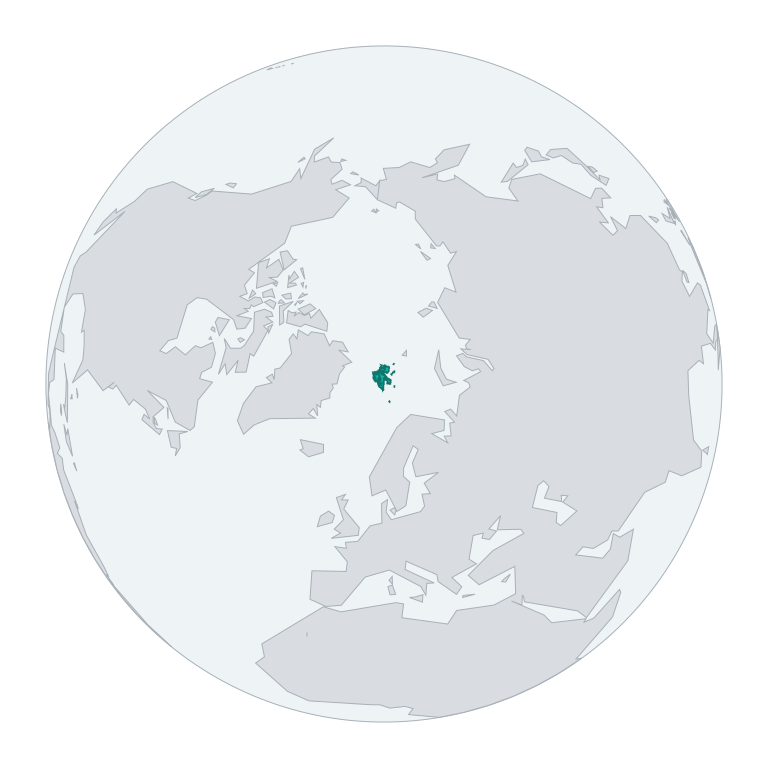 Svalbard on an orthographic globe, rotated 346°
{"feature_id": "NOR-901", "entity_name": "Svalbard", "entity_type": "Territory", "adm_level": 1, "iso_a3": "NOR", "parent_name": "Norway", "parent_adm1": "", "projection": "orthographic", "projection_center": [18.37, 77.559], "detail": "fine", "context": "on_globe", "style": "filled", "palette": "teal", "viewbox_px": 768, "rotation_deg": 346, "n_neighbors": 0, "source": "natural_earth", "source_scale": "10m", "svg_char_len": 16901}
<svg xmlns="http://www.w3.org/2000/svg" viewBox="0 0 768 768"><g transform="rotate(346 384 384)"><circle cx="384" cy="384" r="338" fill="#eef3f6" stroke="#a8b0b8"/><path d="M48.9,340.4L48.4,347.6L51.8,336.2L53.4,327.7L53.1,322.2L61.1,292.6L67.7,279.5L111.5,195.7L120.2,186.3L126.9,183.9L174.5,153.8L138.6,169.4L150.8,158.7L166.7,149.3L165.3,153.3L186.0,146.5L201.5,137.7L228.1,136.6L248.6,153.9L239.1,156.2L245.1,160.3L257.4,157.8L264.0,155.2L301.5,167.7L342.8,165.0L354.2,154.8L353.0,164.5L373.5,139.4L394.8,133.0L371.7,146.0L370.0,151.8L385.0,150.2L386.6,155.9L394.8,158.5L395.3,165.5L381.8,172.8L381.9,177.6L392.5,176.2L399.7,182.6L384.1,183.8L395.2,195.1L374.5,209.9L332.3,208.5L321.7,223.4L280.5,240.0L285.2,244.7L272.5,254.3L273.1,263.3L265.3,264.0L272.6,270.7L279.6,268.3L285.1,270.5L286.1,275.7L276.3,277.5L274.4,275.1L272.0,278.3L266.7,277.0L269.9,280.6L257.9,282.2L271.2,288.4L262.8,296.2L254.5,295.2L253.6,285.1L232.3,258.7L223.6,255.0L212.2,259.6L194.2,289.4L185.3,289.7L174.5,297.5L180.1,301.8L190.6,297.4L198.3,307.7L210.2,301.2L215.1,304.6L228.0,302.2L227.8,313.6L220.6,326.0L209.9,328.6L206.4,334.2L218.0,340.8L199.5,354.6L189.6,379.6L184.6,382.2L172.3,370.5L168.7,347.3L152.8,333.0L164.8,353.5L152.1,359.9L150.7,365.7L152.4,372.1L157.9,374.1L153.9,378.8L140.5,360.0L143.9,355.4L148.2,361.4L146.4,350.6L137.3,338.4L131.6,342.8L123.9,320.4L119.7,323.3L115.7,320.2L122.8,317.0L109.8,322.5L99.8,298.6L81.8,307.6L97.6,287.8L102.2,274.6L106.1,259.4L103.0,260.5L112.3,239.5L113.7,223.3L103.9,221.4L92.4,232.1L83.1,254.8L85.1,259.4L81.0,275.6L73.7,269.7L64.9,299.8L59.9,301.7L55.9,312.8L54.0,326.9L51.3,343.5L52.9,351.5L54.0,367.6L50.3,372.1L53.8,378.2L52.4,390.1L56.8,425.4L55.5,423.6L58.6,458.5L67.9,492.9L70.1,503.5L68.4,501.6L73.0,513.3L73.1,514.7L96.7,560.6L113.2,585.8L114.5,587.9L100.8,568.3L88.5,547.9L77.7,526.6L68.3,504.6L60.6,482.1L54.5,459.0L50.0,435.5L47.2,411.8L46.1,388.0L46.7,364.1L48.9,340.4ZM350.9,49.9L352.1,50.8L346.2,50.9L350.9,49.9ZM356.4,51.0L355.2,50.8L356.9,50.9L356.4,51.0ZM359.9,50.9L357.4,51.0L360.3,50.8L359.9,50.9ZM364.8,50.7L362.2,50.9L362.5,50.8L364.8,50.7ZM77.0,308.0L67.4,345.0L68.0,326.2L68.7,329.2L72.2,319.3L77.0,302.2L78.9,286.2L77.0,308.0ZM372.1,50.9L374.0,51.0L371.6,51.2L372.1,50.9ZM83.6,319.6L84.8,313.5L84.3,319.2L83.6,319.6ZM266.8,153.1L257.5,157.2L245.8,157.5L253.3,153.4L266.8,153.1ZM289.2,154.0L285.3,157.3L279.0,152.1L283.2,151.8L289.2,154.0ZM362.0,146.4L354.1,148.1L361.2,144.6L362.0,146.4ZM395.8,157.6L397.5,155.4L401.0,157.7L395.8,157.6ZM227.3,296.2L227.6,299.1L225.0,298.0L227.3,296.2ZM232.5,292.5L229.3,289.1L231.3,286.8L233.3,288.9L232.5,292.5ZM405.1,170.6L410.2,175.2L402.7,171.8L405.1,170.6ZM236.0,297.2L235.3,283.2L239.0,279.3L249.4,284.2L236.0,297.2ZM411.6,178.6L424.1,189.7L429.0,185.6L422.2,203.6L413.8,188.1L403.8,184.6L410.6,183.1L411.6,178.6ZM281.4,265.4L273.9,268.1L279.2,261.0L281.4,265.4ZM283.4,260.3L291.7,235.9L303.1,234.7L298.0,243.0L312.2,237.6L313.7,249.0L306.3,254.5L298.6,253.0L305.0,258.5L283.4,260.3ZM416.5,211.9L417.5,215.8L413.8,213.2L416.5,211.9ZM287.7,270.9L288.3,266.0L298.4,264.5L298.9,274.0L295.5,271.4L287.7,270.9ZM315.1,230.8L322.6,231.4L325.9,240.8L329.3,242.3L314.7,249.1L315.1,230.8ZM293.7,274.4L298.9,278.9L295.1,284.4L287.8,275.6L293.7,274.4ZM300.7,260.1L305.5,259.9L303.0,263.1L300.7,260.1ZM284.5,306.6L285.1,300.6L290.3,299.3L284.5,306.6ZM301.1,280.2L302.4,278.3L304.5,277.2L307.0,281.2L301.1,280.2ZM318.1,255.3L317.9,259.1L324.2,253.0L327.0,259.8L316.7,263.2L322.3,264.6L323.1,266.8L313.8,267.2L318.1,255.3ZM316.0,281.9L303.9,288.7L301.8,300.0L297.0,301.5L301.4,283.1L316.0,281.9ZM315.5,273.2L314.8,278.9L309.3,277.7L306.4,273.1L315.5,273.2ZM332.5,263.3L330.9,251.9L333.2,251.6L332.5,263.3ZM316.5,285.4L319.4,283.7L316.9,286.3L316.5,285.4ZM328.8,270.3L327.9,266.3L330.6,266.0L328.8,270.3ZM325.9,283.7L322.0,285.8L319.9,282.7L325.9,283.7ZM328.1,277.7L331.9,278.3L321.5,280.3L327.3,276.0L328.1,277.7ZM331.4,270.7L332.7,269.3L331.4,272.5L331.4,270.7ZM336.0,294.3L323.4,297.5L318.8,290.6L331.7,288.4L336.0,294.3ZM355.9,720.7L356.7,720.8L354.1,719.8L327.8,710.7L333.7,705.9L326.3,701.9L311.2,699.9L302.5,694.3L293.2,691.9L234.5,673.3L215.9,658.8L191.9,623.7L202.0,619.8L202.6,606.6L271.2,585.5L287.1,594.7L342.6,599.0L349.8,602.1L344.8,615.1L387.7,632.3L399.7,621.3L437.1,625.1L461.0,619.3L466.8,592.6L427.7,601.8L419.4,590.1L449.6,571.9L483.6,562.8L481.5,558.0L458.7,552.9L465.3,539.9L450.7,550.0L457.6,553.9L448.6,560.4L441.8,557.3L444.4,552.7L433.8,552.6L424.2,574.5L430.2,580.9L403.1,588.1L410.4,599.5L403.5,605.7L388.7,588.8L389.2,581.8L362.5,561.2L359.6,569.1L384.5,589.2L377.3,587.8L373.5,599.1L370.7,589.4L344.2,565.8L319.0,566.8L289.0,588.4L273.8,585.8L260.1,575.0L268.9,547.8L301.9,556.7L305.4,547.6L297.0,529.9L307.7,534.3L308.3,528.3L320.5,530.4L336.1,518.3L348.3,518.5L352.7,499.4L359.5,497.0L355.0,508.9L358.3,517.4L388.4,516.7L393.8,512.4L394.2,500.1L402.4,501.6L399.0,489.9L415.5,482.9L392.5,481.7L392.4,467.6L401.4,455.8L397.3,451.0L382.6,470.4L380.5,478.3L385.2,485.5L375.8,507.4L365.8,510.8L360.1,487.3L345.3,489.6L347.3,470.6L385.7,429.5L402.5,420.0L434.0,433.5L431.0,443.6L418.3,443.7L431.6,456.5L429.8,449.2L436.6,450.6L438.3,437.8L443.2,438.2L436.3,425.4L442.6,424.5L446.8,432.6L454.5,413.2L467.0,407.7L466.4,403.2L462.2,399.9L480.8,395.4L479.5,392.2L472.9,392.5L466.1,386.5L461.2,374.2L467.9,373.3L470.6,377.6L486.2,385.4L492.3,397.3L494.5,395.7L490.9,385.2L471.8,375.6L467.0,368.5L476.6,371.6L472.7,369.9L472.4,366.1L478.4,361.6L468.1,357.6L455.8,317.8L466.2,305.3L476.1,312.3L474.6,284.4L486.4,273.0L480.3,273.2L475.5,260.2L471.7,263.6L468.4,262.7L454.3,231.6L456.1,223.8L443.1,211.1L440.0,211.2L437.9,216.3L422.2,203.6L429.0,185.6L435.8,186.1L435.5,174.6L451.0,177.6L463.7,174.9L480.9,185.1L489.4,182.2L488.3,178.1L499.0,171.3L525.1,172.1L509.0,189.7L470.9,193.1L486.9,193.2L484.7,198.7L491.4,202.2L502.6,201.9L502.9,198.4L528.4,227.1L558.2,238.8L552.5,224.0L557.5,216.4L586.5,217.9L629.4,254.2L636.5,245.3L642.6,246.6L649.0,258.2L640.3,256.6L639.1,266.0L633.2,263.5L640.6,281.9L632.4,279.1L642.1,295.0L647.7,291.8L644.3,276.4L656.2,291.7L663.5,280.0L673.7,282.6L692.9,316.0L698.3,344.5L700.6,347.5L697.9,356.2L701.7,372.9L712.6,361.7L714.9,364.6L717.6,391.4L716.3,390.1L709.3,413.3L713.3,424.1L718.9,407.9L721.0,406.2L719.0,420.5L716.3,423.0L713.7,431.1L710.6,423.5L701.1,424.1L698.9,441.6L695.4,437.3L682.1,444.6L676.8,469.3L670.8,513.3L676.1,525.9L671.4,541.4L650.6,545.1L639.5,537.0L633.1,547.4L610.8,552.1L575.7,583.3L569.6,581.8L563.3,589.4L547.4,594.2L537.7,590.1L528.6,596.2L554.0,605.9L563.7,599.0L570.3,584.6L575.7,589.7L590.9,585.2L577.8,614.5L523.9,659.6L517.0,651.0L467.5,629.3L468.1,624.0L467.8,623.4L467.1,622.6L464.3,631.8L455.2,625.4L483.4,646.9L488.9,656.2L523.2,660.6L520.4,663.5L531.0,661.9L562.8,640.3L563.3,643.5L549.3,665.4L503.8,697.3L508.9,697.9L508.3,698.2L483.9,706.8L458.8,713.5L433.4,718.3L407.6,721.1L381.8,721.9L355.9,720.7ZM249.4,606.3L248.0,610.5L249.4,606.3ZM521.2,564.1L540.5,553.8L528.9,541.9L535.3,537.0L529.0,534.8L528.0,541.1L512.1,533.6L519.3,523.3L515.5,516.5L508.8,519.7L498.1,539.7L520.7,550.5L517.6,559.9L521.2,564.1ZM57.0,426.4L57.1,431.5L56.0,425.9L57.0,426.4ZM65.6,325.0L64.7,332.3L63.4,336.6L63.6,331.3L65.6,325.0ZM64.6,385.6L64.8,394.2L63.5,385.9L64.6,385.6ZM66.4,350.8L64.3,378.8L61.9,363.3L63.6,345.6L63.9,356.9L66.4,350.8ZM78.8,318.3L77.8,323.0L76.4,322.4L78.8,318.3ZM83.1,323.8L83.2,322.1L84.8,319.4L83.1,323.8ZM152.9,360.9L153.8,362.6L154.4,369.2L151.9,366.6L152.9,360.9ZM170.9,396.4L164.1,403.2L167.2,396.4L162.2,393.9L162.6,376.8L182.1,382.6L173.2,382.9L170.9,396.4ZM168.4,355.8L166.0,365.8L167.9,354.7L168.4,355.8ZM299.5,493.9L304.2,499.5L300.3,505.9L284.8,506.3L290.3,496.8L299.5,493.9ZM311.8,505.9L310.3,482.7L319.9,481.8L314.8,486.2L321.2,487.9L314.7,495.5L325.2,517.4L322.5,524.6L295.4,521.0L305.8,518.1L300.6,512.8L311.8,505.9ZM289.9,427.3L289.4,417.8L310.7,428.0L308.7,435.7L293.2,436.4L286.4,427.7L289.9,427.3ZM254.6,308.9L253.1,304.9L255.8,304.4L259.3,307.3L254.6,308.9ZM284.4,303.9L264.3,325.5L261.5,322.1L253.1,339.1L242.5,336.7L248.2,325.7L233.8,336.8L234.7,326.0L225.7,334.5L239.7,310.3L240.0,301.2L243.7,312.2L253.5,314.6L257.8,312.9L270.3,301.2L275.7,283.0L286.3,282.6L292.3,287.2L292.6,291.5L285.7,290.4L291.1,297.0L281.2,298.6L284.4,303.9ZM357.0,344.2L348.7,340.5L358.0,355.1L348.2,356.4L349.9,358.0L343.3,363.3L338.4,372.5L333.7,371.6L333.8,375.6L329.5,379.3L328.0,384.5L319.1,384.8L316.6,391.3L313.8,387.7L311.9,398.9L309.4,390.7L303.5,394.8L309.1,400.5L264.7,390.0L248.1,392.3L235.6,398.8L232.9,384.1L242.9,368.9L259.2,355.7L275.6,355.8L271.4,349.3L278.0,347.4L278.5,353.3L281.7,343.2L287.2,343.3L301.7,332.1L302.7,317.7L308.0,313.4L310.4,319.1L314.0,310.8L322.1,318.7L326.1,315.8L338.1,320.9L340.4,333.8L344.7,329.6L353.9,333.4L357.0,344.2ZM339.2,296.0L344.2,310.9L341.3,319.0L321.7,306.8L316.9,308.3L304.2,301.1L308.8,289.5L312.0,292.7L316.1,293.0L313.1,296.5L318.6,294.0L323.2,298.2L328.8,297.5L328.9,302.5L339.2,296.0ZM357.1,597.3L362.5,598.2L370.8,597.8L368.5,605.0L357.1,597.3ZM338.8,581.6L343.5,581.1L344.4,590.9L338.8,590.0L338.8,581.6ZM345.4,572.7L343.7,580.3L341.3,575.7L345.4,572.7ZM359.3,507.8L364.3,506.6L365.1,509.4L362.7,513.6L359.3,507.8ZM382.3,388.4L378.1,384.8L379.4,382.8L375.6,371.1L382.6,369.3L387.6,375.7L382.3,388.4ZM460.6,599.0L454.2,605.6L450.4,604.2L453.3,602.2L460.6,599.0ZM409.5,608.3L421.5,610.0L408.7,610.2L409.5,608.3ZM389.3,384.5L386.9,379.8L391.9,381.8L389.3,384.5ZM387.5,367.4L393.2,368.6L383.0,367.7L387.5,367.4ZM718.7,430.8L711.7,451.4L714.5,439.4L720.9,409.9L720.6,413.3L720.8,411.7L718.7,430.8ZM721.9,379.9L721.9,380.1L721.6,374.0L721.3,365.5L715.5,325.3L714.4,315.5L717.3,328.7L716.8,325.5L720.5,352.6L721.9,379.9ZM677.4,525.3L683.9,523.3L680.7,530.6L677.4,525.3ZM709.7,307.0L714.4,323.4L709.0,307.1L709.7,307.0ZM704.5,295.9L706.0,296.6L705.5,300.6L704.5,295.9ZM703.9,349.9L704.4,359.3L702.8,358.5L701.1,345.9L703.9,349.9ZM681.5,285.1L687.8,288.4L690.1,291.2L687.3,293.4L681.5,285.1ZM445.4,364.0L442.9,382.2L445.7,394.4L454.5,399.8L441.0,400.1L436.7,381.3L445.4,364.0ZM453.9,323.5L446.1,319.1L450.0,316.0L452.4,316.6L453.9,323.5ZM448.8,324.4L438.2,328.6L434.2,322.8L443.3,320.7L448.8,324.4ZM413.9,356.8L412.6,362.3L408.6,360.5L413.9,356.8ZM705.6,280.8L707.0,288.1L709.9,298.2L702.4,276.3L702.5,272.8L705.6,280.8ZM704.2,283.6L707.2,293.0L703.1,282.2L704.2,283.6ZM707.0,294.3L705.5,293.5L704.1,287.1L707.0,294.3ZM703.1,279.3L699.7,274.8L700.5,273.1L703.1,279.3ZM701.7,292.6L701.5,281.0L704.6,298.5L697.0,294.0L695.1,285.9L701.7,292.6ZM642.4,228.9L638.6,229.6L634.8,222.3L638.5,223.8L642.4,228.9ZM618.6,199.6L632.5,220.6L643.0,238.1L643.2,233.4L651.9,239.1L647.6,245.0L635.0,231.4L628.4,218.5L620.5,215.2L611.4,205.2L602.9,205.6L596.7,201.0L602.4,196.8L618.6,199.6ZM599.4,206.4L581.1,204.2L577.0,191.3L580.1,188.9L590.2,195.3L591.8,201.7L599.4,206.4ZM575.5,199.9L576.8,206.1L552.8,217.3L546.7,216.5L562.8,200.9L564.9,206.0L571.5,205.6L575.5,199.9ZM420.8,214.5L417.8,215.7L419.0,212.4L420.8,214.5ZM466.5,264.9L462.2,263.2L463.7,259.3L466.5,264.9ZM451.1,256.4L452.4,261.9L448.3,256.4L451.1,256.4ZM455.7,274.4L451.5,264.3L459.5,273.4L455.7,274.4Z" fill="#d9dde1" stroke="#a8b0b8" stroke-width="1"/><path d="M386.6,377.6L385.6,377.7L385.4,378.0L385.5,378.3L384.7,378.7L384.8,379.2L384.7,379.7L384.9,380.0L384.7,380.3L384.9,380.8L384.5,381.2L384.0,381.3L384.2,381.5L384.0,382.0L384.1,382.7L383.9,383.9L383.9,384.2L383.0,384.7L382.6,387.0L382.3,387.0L382.6,387.4L382.0,388.5L382.4,389.1L381.9,389.8L381.4,389.5L381.2,389.8L381.2,389.0L380.2,387.9L380.5,387.5L381.2,387.6L381.6,387.3L381.2,387.3L380.9,386.7L380.7,386.8L380.7,387.1L380.0,387.1L379.6,386.4L378.9,386.1L378.4,384.7L378.4,384.4L378.5,384.4L378.3,383.9L379.0,383.7L379.2,384.0L379.3,384.2L379.8,383.8L380.8,384.1L381.2,384.6L381.4,384.5L380.8,383.8L379.4,383.2L381.5,382.5L382.4,382.7L382.0,382.1L382.3,381.7L381.9,382.2L380.8,382.3L380.5,382.0L379.9,382.5L378.8,382.5L378.5,382.8L378.2,382.6L378.3,382.3L378.1,382.0L378.2,381.2L378.2,380.8L378.6,380.6L379.0,381.4L379.1,381.1L379.0,380.7L380.0,380.6L379.9,380.5L380.5,379.9L380.8,380.1L380.8,379.9L380.7,379.6L380.9,379.3L382.3,379.3L382.7,378.8L382.2,379.1L381.6,378.7L382.2,377.6L381.9,377.1L381.7,377.5L381.6,378.0L381.2,378.5L380.5,378.6L380.3,377.8L380.6,377.5L380.7,377.0L380.6,376.7L380.6,376.3L380.4,376.9L380.4,377.4L380.1,377.8L379.9,377.5L379.9,377.2L379.9,376.9L379.5,377.2L379.6,377.4L379.6,378.0L379.3,378.3L379.7,379.0L379.2,378.9L379.1,379.1L379.2,379.4L378.8,379.8L378.9,379.5L378.7,379.5L378.7,379.9L378.5,379.6L378.6,379.9L377.5,379.9L377.5,379.6L377.5,379.4L377.5,379.0L376.9,378.2L377.9,377.9L377.1,377.8L376.5,377.2L376.3,376.5L376.5,376.1L376.1,375.2L377.4,375.7L377.3,375.2L376.9,375.3L376.8,375.2L377.0,375.1L376.5,374.7L376.9,373.9L377.1,373.9L377.1,373.7L377.2,373.4L376.9,373.4L376.9,373.7L376.8,373.8L376.7,373.2L376.5,373.4L376.7,374.0L376.1,374.4L376.1,373.6L375.8,372.8L375.9,372.7L376.0,372.2L375.8,371.8L376.3,371.7L376.0,371.5L376.2,371.2L376.7,371.3L376.5,370.9L376.6,370.4L376.8,370.6L376.9,370.3L377.2,370.1L377.3,371.1L377.6,371.2L377.7,370.9L377.5,370.4L377.8,370.3L377.9,370.8L379.3,370.1L379.4,370.4L379.4,370.8L379.1,371.1L378.4,371.2L377.7,371.8L378.8,371.8L378.5,372.2L378.5,372.5L378.9,372.5L379.3,373.8L379.4,373.3L379.2,372.1L379.7,371.7L380.0,370.6L380.3,370.8L380.7,371.9L380.7,372.3L380.9,373.5L381.1,374.0L381.0,374.5L381.0,374.8L381.2,374.5L381.5,375.1L381.5,375.5L381.8,376.0L381.9,375.9L381.6,374.6L381.6,374.1L381.4,373.6L381.3,372.3L381.4,372.1L381.1,370.9L381.2,370.3L381.7,370.3L381.5,369.9L381.6,369.5L381.9,369.2L382.2,369.3L382.4,370.3L382.6,369.8L382.9,369.9L383.7,371.2L383.2,372.3L383.3,372.3L383.4,372.6L383.4,373.0L383.2,373.3L383.5,373.1L383.7,372.0L384.0,371.8L384.4,372.3L384.6,372.9L384.6,373.2L384.5,373.4L384.6,373.6L384.2,374.0L384.5,374.0L384.6,374.6L385.6,374.5L385.8,375.1L385.7,375.4L387.6,376.4L387.6,376.6L387.5,377.2L387.5,377.4L386.7,377.3L386.6,377.6ZM393.0,368.4L392.9,369.1L393.1,369.4L393.1,369.7L391.9,371.3L392.1,371.9L392.0,372.4L391.4,373.1L391.1,372.9L390.5,373.3L390.5,373.8L390.3,374.1L389.0,374.0L388.7,373.5L388.7,373.2L388.9,372.8L386.7,373.2L386.5,372.7L386.0,372.7L385.4,372.2L385.3,371.9L385.9,371.7L387.0,372.1L386.2,371.4L387.7,371.2L388.2,370.7L384.4,371.2L383.7,370.2L384.3,369.9L384.3,369.7L384.2,369.7L384.3,369.5L384.4,369.8L384.6,369.3L383.9,369.3L383.8,369.1L384.0,369.1L383.4,368.8L383.7,368.5L384.4,368.5L384.3,368.4L384.9,369.1L385.2,368.7L384.9,368.4L384.6,367.6L385.3,368.3L385.5,368.3L385.3,368.1L385.5,367.6L385.4,367.5L385.5,367.3L385.1,367.2L385.1,366.8L385.3,367.0L385.3,366.6L385.6,366.8L385.7,367.4L386.0,367.1L386.2,367.8L386.5,367.7L386.4,368.0L386.5,368.3L387.5,367.9L387.5,368.2L387.3,368.8L387.7,368.8L388.0,369.6L388.1,369.2L388.2,369.4L388.0,369.1L388.1,368.8L388.1,367.9L388.2,367.7L387.9,367.2L388.0,366.9L388.2,367.3L388.3,367.5L388.3,367.3L388.4,367.0L388.3,366.4L388.9,366.8L388.7,367.1L388.9,367.4L388.7,368.0L388.7,368.5L388.8,368.7L388.7,368.4L389.0,368.3L389.1,368.5L389.0,368.2L389.2,368.6L389.5,368.3L389.3,367.8L389.3,367.5L389.6,367.7L389.8,367.7L390.0,367.4L389.7,367.3L389.8,367.1L390.2,367.4L390.1,367.6L390.1,367.8L390.4,367.2L390.4,367.3L390.4,367.8L390.9,367.5L391.4,367.9L391.4,368.1L392.5,368.0L393.0,368.4ZM391.5,382.0L391.0,384.0L390.4,384.8L390.3,385.5L389.2,385.4L389.3,385.1L389.2,384.6L389.6,383.8L389.4,384.1L389.4,383.9L389.2,383.7L388.9,384.2L387.5,384.6L387.2,384.5L387.3,384.3L387.1,384.0L387.6,383.6L387.6,382.9L388.1,381.8L387.0,380.8L388.0,380.0L389.5,379.7L390.2,380.2L389.8,380.6L389.7,380.9L389.8,381.2L390.5,381.9L391.3,381.5L391.5,382.0ZM388.7,379.7L386.7,380.2L386.9,379.7L386.5,379.5L386.7,379.3L386.7,379.0L386.1,378.6L387.1,378.1L387.3,377.6L387.7,377.9L388.3,377.7L388.5,378.4L388.5,378.7L388.7,379.7ZM376.5,379.6L376.2,379.6L376.2,379.3L376.2,379.1L375.7,378.3L375.3,376.8L375.0,376.3L375.1,375.8L375.1,375.5L375.6,376.0L375.7,376.6L375.6,376.8L375.8,377.3L375.7,377.8L375.9,377.7L376.3,378.3L376.5,379.6ZM397.2,367.5L399.1,366.3L398.5,367.0L397.2,367.5ZM395.3,374.7L396.8,374.9L394.8,375.6L395.3,374.7ZM385.9,374.7L386.3,374.7L386.8,375.1L386.2,375.5L385.9,375.2L386.0,375.1L385.9,374.7ZM385.2,401.9L385.4,402.3L385.1,402.9L384.7,402.2L385.2,401.9ZM394.0,376.5L393.7,377.0L393.2,376.2L393.4,376.0L394.0,376.5ZM384.1,368.2L383.8,367.9L383.9,367.5L384.4,367.8L384.1,368.2ZM385.4,373.2L386.0,373.4L385.5,373.5L385.4,373.2ZM393.6,388.4L393.8,388.5L393.1,390.1L393.2,389.5L393.6,388.4ZM376.0,370.7L376.3,371.1L376.0,371.2L376.0,370.9L376.0,370.7ZM386.3,365.6L386.0,365.0L386.5,365.3L386.3,365.6ZM386.7,365.7L386.9,365.5L386.7,365.7ZM376.3,370.7L375.9,370.5L376.3,370.6L376.3,370.7ZM389.7,366.7L389.9,367.0L389.7,367.1L389.7,366.7ZM385.6,366.7L385.4,366.6L385.7,366.5L385.6,366.7ZM389.8,366.4L389.7,366.6L389.5,366.4L389.8,366.4ZM397.1,374.1L397.3,374.1L397.2,374.4L397.1,374.1ZM386.3,365.7L386.2,365.8L386.0,365.7L386.3,365.7Z" fill="#14b8a6" stroke="#0f766e" stroke-width="1.5"/></g></svg>